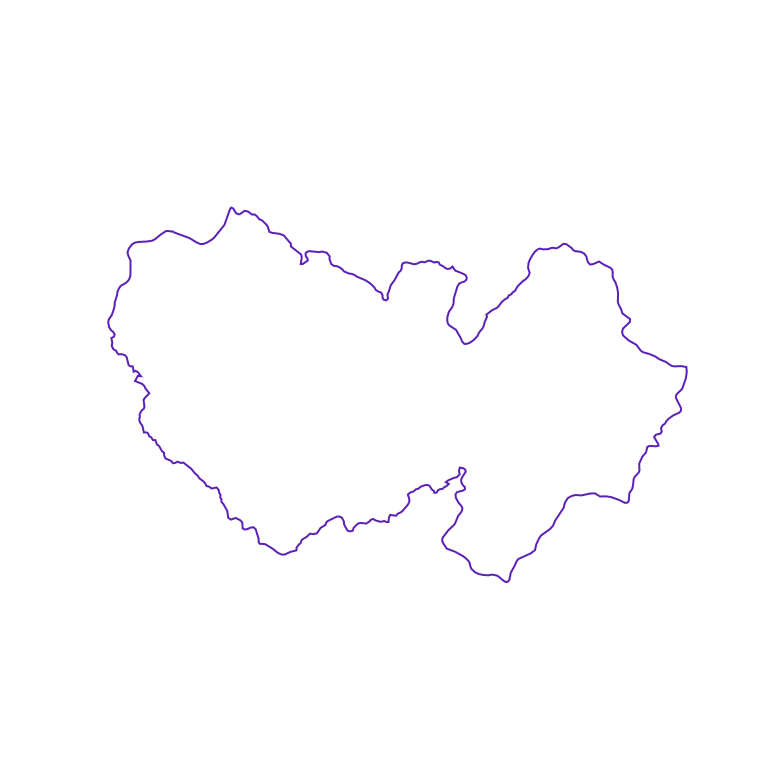 Lassance, Minas Gerais, Brazil (Albers equal-area conic projection), rotated 21°
{"feature_id": "56859067B47117401129154", "entity_name": "Lassance", "entity_type": "district", "adm_level": 2, "iso_a3": "BRA", "parent_name": "Brazil", "parent_adm1": "Minas Gerais", "projection": "albers", "projection_center": [-44.677, -17.876], "detail": "fine", "context": "isolated", "style": "outline", "palette": "violet", "viewbox_px": 768, "rotation_deg": 21, "n_neighbors": 0, "source": "geoboundaries", "source_scale": "gbopen_adm2", "svg_char_len": 6161}
<svg xmlns="http://www.w3.org/2000/svg" viewBox="0 0 768 768"><g transform="rotate(21 384 384)"><path d="M584.5,484.9L583.6,479.1L584.1,472.4L584.9,469.1L590.9,460.1L592.6,455.7L592.7,450.3L596.1,435.1L595.5,431.1L595.6,428.9L596.5,424.8L597.9,422.9L599.7,421.0L602.8,418.9L608.2,417.3L615.7,412.4L620.2,410.5L625.9,411.6L631.9,409.2L636.4,408.2L644.8,408.0L651.6,408.6L653.7,407.6L654.4,405.3L652.2,397.9L653.3,393.1L652.9,389.7L651.1,383.2L651.2,381.1L653.5,375.5L653.5,373.2L650.8,367.0L651.2,359.3L653.1,354.1L652.4,348.3L654.5,346.5L660.2,344.7L662.4,343.2L661.2,341.5L655.1,336.7L656.0,334.0L660.0,331.1L660.2,328.7L658.4,325.9L658.9,322.7L660.5,320.4L660.9,317.6L662.0,314.7L665.1,309.9L670.1,304.7L670.8,302.3L670.0,300.1L662.0,292.8L660.9,291.1L660.9,288.6L664.1,281.8L663.8,270.5L662.2,263.8L660.1,259.8L655.0,260.8L648.8,263.5L646.1,264.0L638.9,262.4L632.3,262.2L627.6,261.1L620.9,260.9L614.4,261.5L611.7,260.8L605.6,257.0L596.7,255.6L589.8,253.0L587.7,250.3L587.2,246.7L591.3,238.0L590.5,235.2L581.7,232.8L580.2,231.5L579.1,229.7L574.4,225.5L572.9,223.6L569.9,215.1L567.2,210.5L563.7,206.2L560.9,204.1L558.8,201.6L557.6,197.9L556.0,195.4L553.8,194.4L546.7,193.8L540.9,192.6L536.3,197.1L533.6,198.6L530.7,197.2L526.9,192.2L524.2,190.5L520.2,190.1L514.5,191.5L512.1,190.9L510.1,189.7L504.1,188.1L501.3,188.8L498.3,193.5L496.3,195.6L492.9,196.3L490.8,197.5L489.3,199.1L484.2,201.3L481.0,201.7L479.1,203.5L477.5,206.3L476.6,209.7L475.7,214.8L475.5,218.7L476.8,223.9L480.1,227.9L480.3,231.2L478.7,235.5L476.8,238.2L473.8,244.7L472.8,250.4L471.4,252.2L470.6,254.7L468.8,256.6L468.4,259.4L466.7,261.4L464.5,265.3L463.1,270.5L462.1,272.5L458.5,276.3L454.7,282.6L456.1,284.4L455.8,290.2L456.3,294.2L456.0,297.0L454.3,301.8L454.2,305.3L452.8,308.9L451.2,312.1L449.0,315.0L446.9,316.8L444.7,317.8L441.6,316.3L439.3,313.7L431.8,307.6L424.3,306.0L421.9,304.6L420.4,302.3L419.2,299.0L418.7,293.3L420.1,288.0L420.2,284.4L418.5,279.0L417.6,266.9L418.1,263.5L420.0,261.4L422.5,259.4L423.5,257.0L423.1,255.0L421.2,253.1L418.1,252.7L409.9,252.6L405.8,249.8L404.5,252.4L402.4,253.7L399.8,253.9L397.6,253.0L393.2,252.5L391.6,250.9L389.4,251.1L387.5,252.6L383.1,252.3L380.8,253.3L378.4,255.8L375.6,256.3L373.8,257.5L371.8,259.8L369.2,261.4L362.8,262.1L360.7,262.7L358.3,264.5L358.2,267.4L359.1,269.6L358.9,272.4L357.7,274.7L356.5,283.9L354.9,289.4L355.4,296.3L355.1,298.9L357.2,303.0L355.9,305.3L353.1,305.3L351.6,303.7L350.8,301.6L348.6,299.7L345.3,299.7L342.6,299.1L340.5,297.3L335.9,295.3L332.1,294.3L329.3,293.8L320.5,293.5L317.2,292.8L314.5,292.7L312.0,293.4L306.3,293.2L303.6,291.7L300.1,290.9L297.4,291.0L294.7,291.7L291.8,290.9L288.3,286.9L287.6,284.4L283.6,282.0L278.7,282.5L276.6,284.0L266.8,286.7L264.9,288.1L263.9,289.9L265.1,292.6L267.6,294.2L268.6,296.1L265.2,301.0L263.3,301.9L261.8,295.1L260.2,292.8L247.9,289.0L246.8,286.4L237.2,281.2L232.3,281.3L225.3,283.0L222.3,283.0L219.2,278.8L217.1,277.4L211.6,275.0L208.3,274.8L205.2,272.9L202.4,272.1L200.2,273.1L195.2,271.7L191.8,272.3L188.5,277.2L186.5,277.8L184.3,277.3L180.4,274.2L178.1,274.1L177.6,276.1L178.0,292.7L172.9,308.5L171.6,310.8L167.8,315.7L165.0,318.1L162.2,319.2L158.0,318.9L150.0,317.5L134.3,317.7L132.4,317.4L127.4,318.6L125.6,319.4L121.7,325.0L118.3,330.9L116.2,333.3L111.3,336.1L103.8,339.4L100.8,341.3L98.8,343.7L97.2,349.1L97.4,353.2L99.7,356.3L103.1,359.5L108.5,373.9L108.5,377.8L107.9,379.9L106.7,382.2L103.0,386.8L102.3,389.8L102.1,393.4L102.9,396.4L103.4,404.4L104.6,408.0L105.1,413.4L105.1,417.3L103.9,422.8L104.6,425.7L107.1,429.6L109.8,431.5L112.8,432.6L114.8,434.2L114.9,436.7L113.0,438.8L115.7,443.1L116.1,446.0L119.0,448.5L122.0,449.0L123.9,450.7L125.7,451.4L128.2,450.2L131.7,449.9L134.0,451.0L138.8,457.8L140.8,458.4L143.1,457.6L145.9,462.3L147.2,460.7L149.8,461.1L154.2,463.8L151.3,464.6L150.5,470.5L158.4,470.6L161.0,471.8L162.8,473.6L168.2,476.8L165.6,483.0L165.3,485.1L168.6,491.3L168.5,493.6L167.2,495.5L166.7,500.0L167.9,502.3L168.1,504.6L169.5,506.9L173.6,509.9L177.2,515.3L179.6,514.3L181.6,514.7L183.3,516.8L186.0,517.3L188.3,519.2L190.6,518.3L193.7,521.8L196.4,522.6L200.7,526.2L203.3,527.0L204.4,529.6L206.7,531.8L212.8,532.1L215.5,533.6L217.6,532.3L219.1,530.5L222.2,530.6L225.0,529.3L234.5,532.2L238.8,534.8L243.3,536.6L245.4,538.2L250.6,539.7L253.0,541.1L254.8,542.9L257.3,542.5L260.6,543.3L264.8,540.6L267.6,542.1L269.3,544.8L271.2,546.2L271.7,548.6L273.5,549.9L274.5,552.3L277.0,553.6L283.0,558.5L286.5,564.6L289.6,565.5L293.6,562.2L299.0,562.8L301.3,564.1L303.9,569.5L306.1,569.8L308.6,568.3L310.8,566.0L313.4,564.5L316.2,565.5L322.6,573.6L323.4,576.1L325.1,577.7L330.4,576.1L338.8,577.6L345.4,579.7L349.4,579.9L352.3,578.9L357.0,574.1L361.9,570.7L361.0,567.9L362.0,564.6L363.2,562.5L362.9,559.8L363.8,557.9L366.5,554.6L368.6,550.2L372.2,549.4L374.9,547.3L376.4,541.0L379.8,536.6L379.6,534.6L380.4,532.3L387.4,524.8L389.7,523.7L392.6,523.9L395.8,526.7L396.7,528.8L398.5,530.7L402.6,534.0L405.0,533.8L407.4,532.2L407.2,529.1L409.5,524.0L411.4,522.3L417.5,520.6L419.6,517.7L420.6,515.1L422.3,513.9L425.1,514.4L428.6,514.1L431.1,513.5L433.2,511.8L435.8,512.0L437.6,511.2L436.5,507.0L436.7,504.0L442.4,502.7L443.5,500.0L445.7,497.8L447.0,495.4L449.6,487.8L449.8,484.4L448.4,481.7L445.9,478.7L447.4,475.9L450.0,473.8L451.5,470.9L453.7,469.5L454.6,467.3L456.4,465.5L458.4,463.8L460.5,462.8L462.6,462.6L466.8,465.5L468.8,465.9L470.1,467.5L472.0,466.5L472.5,463.8L474.0,462.1L476.2,461.0L477.1,458.9L478.9,457.0L480.3,454.1L476.9,453.4L478.7,450.7L482.4,447.0L485.5,444.8L487.0,441.2L485.2,438.3L484.7,434.9L488.0,434.2L490.6,434.9L491.7,436.6L490.4,443.1L490.3,445.7L491.5,448.2L493.8,450.1L496.4,451.3L497.3,453.3L495.9,455.2L491.0,458.7L490.3,461.5L491.9,464.5L496.5,468.4L499.1,469.6L501.4,471.4L502.1,473.4L502.0,475.9L500.5,480.5L500.3,488.3L499.9,490.4L496.4,497.7L493.8,506.6L494.4,509.4L496.8,511.8L501.5,515.2L510.3,515.1L519.6,516.4L522.4,517.2L525.5,518.5L527.9,520.1L529.4,522.6L531.9,525.3L536.6,527.2L541.1,527.4L545.1,526.7L550.3,525.1L552.7,523.4L556.3,522.6L559.0,522.4L566.0,524.8L569.0,525.2L570.7,523.9L571.2,521.8L570.0,514.6L571.1,507.1L571.3,502.2L572.1,499.3L581.8,489.4L584.5,484.9Z" fill="none" stroke="#5b21b6" stroke-width="2"/></g></svg>